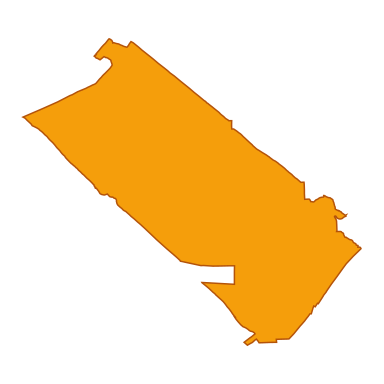 the district of Ibanesti, Botosani, Romania
{"feature_id": "2599482B35973270357670", "entity_name": "Ibanesti", "entity_type": "district", "adm_level": 2, "iso_a3": "ROU", "parent_name": "Romania", "parent_adm1": "Botosani", "projection": "equal_earth", "projection_center": [26.394, 48.051], "detail": "fine", "context": "isolated", "style": "filled", "palette": "amber", "viewbox_px": 384, "rotation_deg": 0, "n_neighbors": 0, "source": "geoboundaries", "source_scale": "gbopen_adm2", "svg_char_len": 5900}
<svg xmlns="http://www.w3.org/2000/svg" viewBox="0 0 384 384"><path d="M331.4,284.1L337.1,276.4L342.9,268.3L346.3,263.7L353.3,256.2L361.0,248.7L360.9,248.3L360.8,248.2L360.3,247.4L359.8,247.2L358.9,247.1L357.9,247.2L358.0,245.5L357.8,245.4L356.5,245.2L356.1,244.8L356.0,244.1L355.9,243.9L355.2,243.4L354.5,243.1L353.8,242.7L353.5,242.5L352.9,241.6L352.5,240.7L352.0,240.3L351.6,240.0L349.6,239.5L348.4,238.8L347.6,238.2L346.6,237.7L346.3,237.5L346.2,237.3L345.4,237.3L345.0,237.3L343.8,235.0L343.4,233.8L343.5,233.6L343.3,233.3L342.9,232.9L342.4,232.7L342.0,232.5L341.2,231.7L340.5,231.5L338.2,231.5L336.6,231.5L336.9,230.6L336.9,230.0L336.7,224.1L336.6,222.8L336.6,221.8L336.4,220.5L336.1,219.6L335.8,219.0L335.3,218.1L334.7,217.1L334.5,216.7L334.6,216.3L335.0,216.1L335.3,216.0L335.8,216.2L336.2,216.5L336.7,217.5L337.2,218.0L337.9,218.5L338.7,218.8L339.5,219.0L340.6,219.0L342.0,218.6L343.9,217.1L345.6,216.3L345.8,216.2L345.5,215.9L346.2,214.9L345.2,215.3L345.0,215.2L344.4,214.6L343.8,214.3L343.1,213.7L342.3,213.2L341.6,212.7L341.3,212.0L340.3,211.6L339.5,210.9L338.7,210.5L338.5,210.8L336.8,209.9L336.1,209.6L335.4,209.2L335.3,208.9L335.1,208.6L335.2,208.2L335.1,207.0L334.6,206.0L334.3,204.7L334.1,204.0L333.8,202.7L333.1,201.0L332.9,199.9L332.2,199.2L331.2,198.6L330.3,197.9L329.4,197.7L328.0,197.5L327.0,197.0L326.1,196.7L325.3,196.0L324.5,195.8L323.9,195.4L323.7,195.5L323.9,196.2L323.8,196.8L323.5,197.0L323.1,197.1L322.0,197.2L320.1,197.6L318.5,198.5L317.7,199.2L317.0,199.5L316.2,199.7L315.0,200.8L314.1,201.7L313.5,201.9L313.1,202.0L312.5,201.8L311.4,201.6L310.9,201.7L310.5,201.1L310.4,200.7L309.7,199.5L309.3,199.2L309.1,199.1L304.7,199.3L304.4,193.6L304.4,189.7L304.2,184.1L304.0,182.2L300.8,182.3L296.7,178.7L295.4,178.0L292.8,175.6L291.8,174.5L289.7,172.9L288.5,172.0L287.9,171.3L286.8,170.5L284.7,168.4L284.1,167.9L282.0,166.2L279.0,164.0L278.2,163.2L277.1,162.4L275.3,161.1L273.4,160.2L270.6,158.1L269.7,157.4L269.2,156.9L268.2,156.3L266.4,155.0L261.9,152.3L259.3,150.6L257.4,149.5L256.4,148.8L252.8,145.6L252.2,144.8L249.8,142.7L248.0,141.0L246.8,139.9L244.8,138.0L243.0,136.4L242.5,135.8L241.4,134.7L240.4,133.8L238.9,132.8L236.8,131.1L233.7,129.0L231.8,129.0L231.6,126.4L231.6,124.7L231.7,120.7L228.8,120.7L228.7,120.5L228.4,120.3L228.2,120.1L225.6,118.5L223.6,116.5L221.8,115.1L220.6,114.1L219.1,112.5L218.3,111.8L214.0,108.4L212.2,106.9L209.1,104.5L207.7,103.3L206.8,102.9L206.0,101.9L204.8,100.9L204.4,100.8L198.9,96.2L194.0,92.3L189.5,88.4L183.4,83.5L180.9,81.5L174.3,76.0L170.0,72.9L168.1,71.1L164.4,68.1L160.9,65.4L158.2,63.3L153.4,59.2L150.8,57.1L141.6,49.8L138.8,47.3L133.5,43.0L132.9,42.6L132.3,42.3L131.0,41.6L130.3,42.5L129.3,43.9L128.7,45.0L128.0,46.0L127.5,46.6L127.2,47.0L126.8,47.2L123.7,46.3L122.1,45.5L120.4,44.9L119.0,44.1L118.4,43.9L116.3,43.5L113.7,42.7L112.8,43.0L112.6,42.1L112.4,41.6L112.2,41.1L111.7,40.3L110.8,39.7L110.7,39.5L109.1,38.8L108.3,39.6L105.9,42.7L105.1,43.6L103.6,45.0L101.5,47.3L98.9,50.6L97.8,51.8L96.0,54.0L96.3,54.2L96.4,54.4L96.3,54.5L95.2,55.7L94.8,55.4L94.3,56.0L94.2,56.2L94.8,56.5L95.3,57.1L95.8,57.7L96.3,58.1L97.2,58.3L98.6,59.0L99.5,59.6L100.1,59.8L104.0,56.6L104.5,56.8L105.4,57.5L106.1,57.5L107.7,58.0L109.3,59.2L109.8,59.5L110.4,59.7L110.7,60.1L110.9,60.4L111.0,61.3L111.8,63.5L112.1,64.7L112.1,65.1L111.9,65.6L111.2,66.6L110.0,68.3L105.1,73.3L103.9,74.4L102.6,75.7L101.4,77.2L99.5,79.1L96.2,83.1L95.6,83.6L94.4,84.3L92.8,84.9L90.0,86.3L87.4,87.5L86.4,88.1L84.8,88.8L77.7,91.7L73.2,94.2L72.3,94.7L69.9,95.6L64.3,98.5L57.7,101.9L42.9,108.5L23.0,117.1L25.1,118.2L27.0,120.2L31.1,124.0L32.2,125.7L34.2,126.6L36.8,127.9L37.8,128.5L38.8,129.1L39.8,130.2L41.3,131.3L42.6,132.4L44.9,134.8L47.0,136.5L48.3,138.2L49.5,139.6L52.8,142.7L54.8,145.0L56.8,147.6L59.8,150.7L60.7,152.0L62.0,153.6L63.3,154.9L64.7,156.1L65.3,157.2L65.6,157.7L66.2,158.3L66.6,158.7L67.4,159.7L68.3,160.5L69.1,161.4L70.7,163.0L71.4,163.7L72.4,164.3L73.5,165.5L74.5,166.1L75.1,166.7L75.5,167.2L75.9,167.6L76.2,167.8L76.8,168.2L77.4,168.8L78.5,170.2L80.4,171.8L82.5,174.0L83.3,174.6L83.8,175.0L86.7,178.0L89.6,180.5L92.2,183.1L92.8,183.8L94.1,185.1L94.1,185.8L94.4,186.2L95.3,187.4L95.3,187.5L95.1,187.8L95.3,188.1L95.6,188.3L96.3,188.2L98.1,190.5L98.9,191.6L99.3,192.4L99.9,193.4L100.3,193.8L101.7,194.5L104.1,195.0L104.8,194.9L106.3,194.4L107.3,194.0L108.4,195.2L109.5,196.4L110.1,196.8L111.5,197.1L112.6,197.1L112.9,197.2L114.1,198.2L114.9,198.4L115.4,198.7L115.5,198.6L116.1,199.3L116.3,199.7L116.5,200.5L116.4,201.2L117.0,203.7L117.3,204.2L117.9,205.2L118.6,205.8L120.0,207.1L121.8,208.5L123.3,210.1L124.2,210.7L125.8,211.5L129.5,214.8L131.1,216.4L134.3,219.0L137.7,222.1L139.4,223.5L143.6,227.3L151.0,234.3L155.3,238.4L156.2,239.3L166.8,248.8L176.1,256.8L180.2,260.6L180.4,261.2L200.9,265.6L203.4,265.5L213.0,266.1L220.4,266.0L229.1,265.8L234.5,265.8L234.4,271.8L234.4,284.3L209.4,282.9L201.9,282.5L202.0,282.7L205.6,285.6L208.7,288.2L212.1,291.4L212.7,292.0L214.8,293.7L215.6,294.6L215.8,294.9L220.6,299.2L223.1,301.5L224.4,303.0L225.7,304.7L226.2,305.4L227.2,306.8L229.0,308.8L230.9,311.3L232.4,313.6L233.8,315.5L235.0,316.9L234.5,316.9L236.1,319.3L238.4,322.1L240.9,324.9L243.0,326.7L243.4,326.9L244.1,327.1L245.8,327.9L247.8,329.2L249.3,330.5L249.8,330.8L250.6,331.2L251.9,331.5L252.4,331.6L253.4,332.2L254.2,332.7L254.7,333.3L255.0,333.9L251.5,336.8L250.0,337.8L244.1,342.3L247.4,345.2L250.0,343.7L250.4,343.5L251.1,343.1L251.8,342.8L252.7,342.2L253.4,341.5L254.2,340.8L255.2,339.9L256.4,339.1L257.5,340.5L258.1,341.2L259.1,342.8L262.3,342.7L270.1,342.4L276.6,342.3L276.3,339.3L287.8,339.0L289.0,338.9L293.9,333.7L300.5,325.6L301.3,324.8L304.7,320.9L305.6,319.6L306.5,318.5L306.9,317.9L308.0,316.6L310.0,313.8L311.3,313.8L313.1,307.7L313.8,306.0L315.2,306.8L317.5,303.3L318.3,303.7L322.4,297.4L323.8,295.0L326.1,292.1L326.4,291.6L326.5,291.3L326.5,291.1L326.8,290.9L326.9,290.7L331.4,284.1Z" fill="#f59e0b" stroke="#b45309" stroke-width="1.5"/></svg>